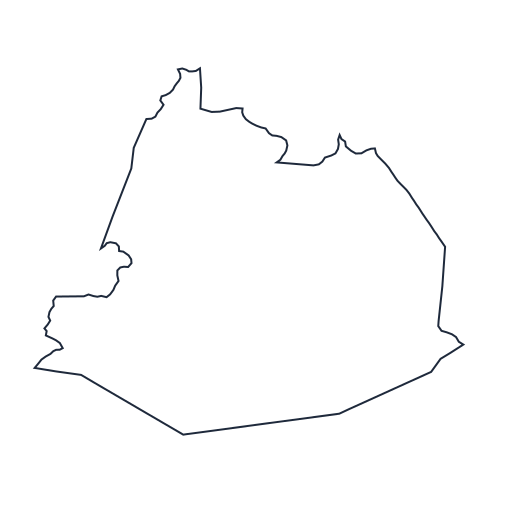 Guajeru, Bahia, Brazil (orthographic projection), rotated 184°
{"feature_id": "56859067B64963920888625", "entity_name": "Guajeru", "entity_type": "district", "adm_level": 2, "iso_a3": "BRA", "parent_name": "Brazil", "parent_adm1": "Bahia", "projection": "orthographic", "projection_center": [-41.967, -14.579], "detail": "fine", "context": "isolated", "style": "outline", "palette": "slate", "viewbox_px": 512, "rotation_deg": 184, "n_neighbors": 0, "source": "geoboundaries", "source_scale": "gbopen_adm2", "svg_char_len": 2188}
<svg xmlns="http://www.w3.org/2000/svg" viewBox="0 0 512 512"><g transform="rotate(184 256 256)"><path d="M68.0,278.4L71.9,283.3L74.7,286.7L77.1,290.0L79.9,293.2L82.9,297.3L85.8,301.1L88.2,303.9L90.7,307.1L93.1,310.1L95.2,313.0L97.2,315.7L99.7,318.6L102.1,321.9L104.5,324.9L107.3,328.8L110.5,332.4L114.0,335.5L116.9,338.0L120.1,340.9L122.6,344.0L124.7,346.8L126.8,349.4L129.5,353.1L133.5,357.2L138.1,361.2L141.6,364.3L143.5,367.0L144.9,371.6L148.8,371.0L153.2,369.1L158.0,365.8L163.6,365.2L168.5,367.6L174.0,371.6L175.1,376.4L178.9,378.6L181.0,382.5L182.2,377.8L181.2,373.2L181.7,368.5L183.9,363.9L187.9,361.5L194.1,359.0L196.4,354.8L199.7,351.8L205.0,350.4L241.9,350.8L238.4,353.7L236.5,357.6L234.6,360.2L233.2,363.2L232.4,368.5L234.0,373.4L239.0,376.4L243.9,377.3L248.2,377.4L251.6,379.4L255.3,383.9L259.8,384.6L264.6,386.0L269.0,387.8L272.1,389.4L275.7,391.8L278.5,395.2L279.8,398.4L279.7,402.2L286.0,402.2L302.1,397.5L310.3,396.6L321.7,399.1L322.4,420.1L325.0,439.3L328.9,436.4L332.5,435.7L335.8,435.5L338.6,436.9L342.6,437.9L346.9,436.7L344.4,432.4L343.8,428.5L345.2,425.3L347.1,422.7L349.0,419.7L350.4,416.2L353.4,412.7L357.3,410.2L361.3,408.7L362.3,404.5L358.8,400.4L361.3,395.8L364.3,392.2L366.1,388.0L369.7,385.7L374.9,385.0L385.5,355.4L386.5,334.6L401.8,285.4L411.2,252.7L407.6,255.6L405.8,258.4L402.3,259.6L396.6,258.9L393.5,256.0L392.9,251.4L388.7,251.1L383.1,247.7L380.3,244.0L379.7,240.2L382.8,236.1L387.0,236.1L390.6,235.1L393.3,231.9L393.0,227.0L391.4,221.5L394.4,216.6L395.9,212.2L398.9,207.5L402.2,204.5L407.6,205.4L411.4,204.3L415.4,204.7L420.4,205.9L424.8,203.8L452.6,201.6L455.2,197.4L454.3,192.0L456.4,189.2L458.1,185.7L458.8,180.8L456.8,177.2L459.0,173.1L462.0,169.0L459.6,166.5L460.1,162.1L453.4,159.6L449.7,158.0L445.6,155.5L442.4,150.6L445.3,148.8L448.8,148.5L451.6,146.9L454.2,144.0L458.7,141.1L462.8,137.7L465.6,133.6L469.0,128.9L447.2,126.9L437.0,126.2L422.2,125.2L408.8,118.5L398.3,113.3L316.1,72.7L313.0,73.4L296.8,76.7L231.0,90.3L161.9,104.5L152.2,109.9L73.2,152.6L64.7,166.3L55.5,172.8L43.0,182.1L47.7,184.6L50.8,189.1L55.1,191.6L60.5,193.2L65.7,194.3L69.3,198.8L69.3,204.0L68.0,238.6L68.0,278.4Z" fill="none" stroke="#1e293b" stroke-width="2"/></g></svg>